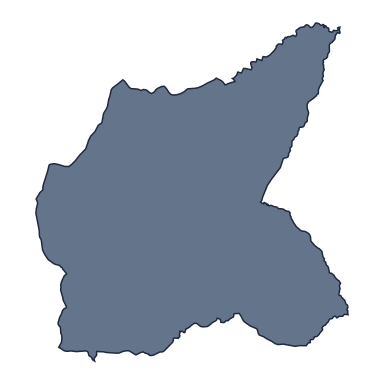 the district of Guática, Risaralda, Colombia
{"feature_id": "7082276B7280150646528", "entity_name": "Guática", "entity_type": "district", "adm_level": 2, "iso_a3": "COL", "parent_name": "Colombia", "parent_adm1": "Risaralda", "projection": "orthographic", "projection_center": [-75.786, 5.328], "detail": "fine", "context": "isolated", "style": "filled", "palette": "slate", "viewbox_px": 384, "rotation_deg": 0, "n_neighbors": 0, "source": "geoboundaries", "source_scale": "gbopen_adm2", "svg_char_len": 5873}
<svg xmlns="http://www.w3.org/2000/svg" viewBox="0 0 384 384"><path d="M348.1,314.7L347.7,312.7L347.8,310.7L347.0,310.0L347.0,309.3L347.9,307.5L347.5,305.2L345.9,303.9L344.6,300.0L343.4,299.4L342.7,298.1L341.6,297.4L341.0,295.9L340.3,295.5L339.2,295.4L338.9,294.7L339.0,292.9L339.4,292.1L339.5,290.3L340.1,288.9L339.4,286.1L339.6,285.1L340.5,283.4L340.4,282.8L339.7,282.2L339.0,280.7L337.6,280.0L335.3,277.6L334.0,275.3L331.7,273.5L330.9,273.1L329.8,273.1L329.4,272.8L328.4,267.5L327.8,266.4L326.3,264.9L325.6,262.2L324.0,260.7L324.4,258.8L322.9,256.7L322.1,252.1L321.7,251.2L319.4,248.8L317.5,247.8L314.5,245.3L311.1,241.3L310.8,240.6L310.5,236.7L309.5,234.5L308.5,233.4L305.3,231.5L302.4,231.1L300.8,230.6L296.2,226.5L293.7,222.8L290.9,217.6L291.0,216.8L290.5,216.3L290.4,215.5L289.9,215.1L290.1,212.9L288.9,211.5L285.8,210.8L283.2,209.1L279.8,208.6L278.8,208.9L276.9,207.1L274.3,206.7L271.3,205.4L270.7,205.3L269.0,205.9L268.5,205.3L267.6,205.2L268.1,204.6L267.8,204.2L266.9,204.3L266.9,204.0L266.1,203.9L266.0,203.3L265.1,203.0L264.7,202.6L264.0,202.6L263.9,203.7L263.4,203.8L261.6,202.9L260.5,201.9L261.4,201.1L261.8,200.4L262.7,196.9L267.5,185.2L272.2,178.2L280.3,167.7L283.3,158.6L284.5,158.0L286.8,157.6L288.0,156.8L288.6,155.3L288.5,153.6L290.4,150.6L289.9,148.3L291.8,146.3L292.0,141.1L293.8,139.3L294.7,137.3L296.6,136.1L297.8,134.0L297.9,131.6L299.0,129.9L299.1,128.1L299.9,127.2L301.4,127.3L303.4,126.7L304.1,125.8L305.1,122.9L307.0,121.6L307.2,121.2L307.4,117.4L308.5,113.6L308.5,112.5L307.1,107.9L307.2,104.3L308.9,101.3L310.2,100.6L314.0,97.9L314.9,96.9L315.8,96.5L316.6,95.1L318.0,93.9L318.4,93.3L318.4,89.9L319.3,87.4L322.4,81.6L323.1,80.7L322.4,79.2L322.3,78.2L323.3,76.5L322.9,72.8L324.2,69.6L323.5,67.0L323.7,65.2L322.8,63.9L323.5,62.4L323.2,60.4L323.8,59.6L326.3,58.4L327.5,56.8L327.8,53.9L329.4,51.7L329.3,45.2L329.9,43.6L332.0,42.4L334.5,39.7L335.0,38.6L335.2,36.0L337.0,33.0L337.7,32.6L339.5,33.4L339.9,33.1L340.0,32.5L339.3,29.7L339.9,27.1L338.4,27.4L337.6,28.0L338.3,29.1L337.8,30.1L336.2,30.7L333.6,30.3L333.3,30.5L332.9,31.7L331.5,32.2L329.0,31.3L328.7,30.7L328.9,29.0L328.5,28.1L327.0,27.6L325.6,25.8L325.0,25.8L324.6,27.3L323.8,27.3L323.5,26.3L323.9,25.0L323.5,24.6L323.0,24.5L321.6,25.3L320.9,25.4L318.9,23.6L316.3,23.0L315.8,23.1L315.1,23.7L313.8,25.9L311.8,27.5L310.4,27.3L308.1,25.2L306.9,24.8L305.9,25.0L304.1,26.7L302.9,27.1L300.4,27.4L297.0,29.8L296.1,30.6L296.0,31.7L296.8,33.5L296.4,35.0L295.8,36.3L295.0,36.5L294.0,35.6L293.0,35.3L289.7,36.7L288.2,36.6L287.5,36.8L286.6,37.9L285.9,37.4L285.2,37.4L284.6,38.9L282.5,40.3L283.1,41.4L283.0,42.3L282.0,44.5L279.5,43.9L278.3,44.2L277.3,45.0L276.2,46.3L276.6,47.1L274.4,50.4L269.9,55.0L266.6,57.0L263.1,56.6L261.7,60.5L257.0,58.9L256.3,61.6L255.6,61.9L251.8,61.8L251.1,62.2L250.7,62.9L250.9,64.6L252.1,68.0L251.0,69.8L245.8,68.5L243.5,68.5L242.0,72.0L241.1,73.1L238.2,72.1L237.6,72.2L237.3,73.8L236.6,75.2L234.2,77.8L232.4,78.5L233.6,79.4L235.0,81.6L230.6,82.7L225.1,84.9L222.9,82.0L221.4,80.7L216.2,78.1L214.0,80.0L207.5,83.0L202.6,85.8L197.9,87.8L194.8,88.3L188.0,88.8L187.2,89.1L184.4,91.6L181.2,93.4L176.7,94.8L172.7,95.0L171.0,94.5L169.0,92.6L166.9,89.3L164.9,86.8L164.2,86.3L161.6,86.5L157.7,88.3L156.4,89.2L154.0,92.2L151.5,93.5L149.5,92.5L146.8,90.2L145.2,89.7L143.2,89.5L141.2,90.5L137.8,89.1L131.1,88.6L129.3,87.4L124.7,81.3L123.5,80.2L122.7,79.9L117.2,84.5L113.2,87.4L112.1,88.5L111.2,89.9L109.9,95.9L108.6,99.9L107.6,105.8L106.8,108.2L104.0,112.7L103.4,114.3L102.0,122.2L100.9,123.7L100.1,123.9L98.2,125.4L95.1,131.4L90.6,136.3L88.6,140.3L86.1,147.9L85.3,149.4L79.6,155.2L75.2,160.9L71.1,164.9L68.8,166.5L64.6,166.4L57.8,164.3L54.1,163.7L50.4,164.3L49.5,164.8L49.0,165.4L47.7,170.9L43.3,184.9L42.8,187.7L43.0,189.7L39.9,192.6L36.1,199.1L37.3,201.7L37.6,203.8L36.3,208.6L35.9,213.4L39.2,230.2L39.4,235.9L40.0,237.8L41.2,239.6L42.5,249.5L44.0,253.0L46.2,256.7L48.5,259.9L50.5,261.2L53.3,263.4L55.5,264.4L58.3,265.0L60.2,265.9L60.9,267.0L62.2,267.7L62.8,269.2L66.5,273.5L66.3,274.2L65.7,274.9L64.9,275.2L64.0,276.3L61.4,282.1L60.7,285.1L61.0,287.1L60.6,289.9L62.8,297.6L63.2,300.2L66.5,306.8L65.8,308.1L64.1,308.7L62.6,310.5L61.3,314.3L59.8,317.0L58.1,322.6L58.2,324.4L59.2,325.9L60.0,326.5L60.5,328.4L60.8,333.1L61.6,334.9L61.9,337.8L61.5,342.2L58.7,347.4L60.6,348.3L63.5,350.4L65.7,351.2L68.0,351.3L70.7,350.9L76.2,351.6L86.0,350.9L87.8,351.9L88.2,352.6L88.7,355.0L89.2,355.8L91.3,357.1L92.7,359.9L94.6,361.0L94.1,359.6L94.1,358.6L96.5,355.3L96.7,354.1L96.6,352.0L97.1,351.3L98.9,351.7L103.4,351.8L106.2,352.5L117.1,353.2L119.2,353.0L123.1,351.4L125.4,350.9L128.3,350.7L129.7,351.2L135.9,354.9L140.7,352.5L143.2,351.9L145.0,353.1L148.3,354.0L148.7,354.7L149.7,355.4L151.8,355.5L153.4,355.2L159.6,352.1L162.7,351.8L164.3,350.8L172.7,342.2L173.3,340.5L173.5,338.3L174.1,338.0L178.3,338.3L178.6,337.5L179.6,336.9L179.9,335.6L179.4,334.9L179.3,334.2L180.1,332.7L179.8,331.3L180.5,331.1L181.3,331.5L182.4,331.3L183.7,332.5L184.6,332.6L184.9,332.3L185.8,329.2L189.6,327.1L190.7,325.9L193.7,323.6L195.1,323.3L196.7,323.4L200.5,326.4L203.2,326.9L207.3,326.5L208.5,325.9L212.7,322.4L215.9,320.7L216.5,320.1L217.1,318.2L220.3,319.3L220.9,322.3L223.6,322.6L224.4,322.4L226.2,320.6L228.1,320.7L230.1,318.7L233.4,317.0L234.1,313.7L239.2,313.4L241.3,316.6L242.5,319.3L244.2,321.7L250.1,325.9L256.7,328.7L257.3,329.8L258.3,333.4L259.4,335.1L263.6,336.7L266.6,338.7L271.9,341.4L275.1,343.6L278.1,344.6L283.3,344.1L294.9,346.3L299.9,345.6L306.2,345.7L308.4,342.7L309.9,342.8L310.3,342.5L310.1,340.5L310.6,339.7L312.9,339.5L313.7,338.7L314.4,336.8L316.9,336.5L319.2,334.3L319.8,333.1L322.5,330.0L322.6,329.0L322.1,328.2L322.6,326.9L324.2,325.5L325.3,325.1L327.4,322.5L328.1,322.1L328.8,320.4L329.8,318.9L332.1,318.6L333.7,316.6L335.3,316.1L336.9,317.9L338.0,317.3L338.7,316.4L342.0,316.3L343.0,316.0L344.0,314.7L344.7,314.3L348.1,314.7Z" fill="#64748b" stroke="#1e293b" stroke-width="1.5"/></svg>